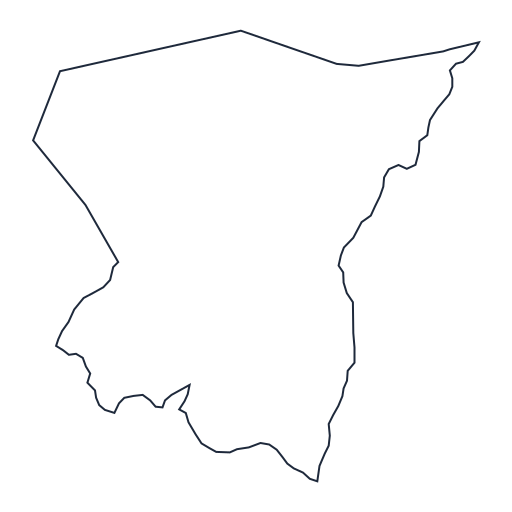 Gandu, Bahia, Brazil (Albers equal-area conic projection)
{"feature_id": "56859067B69626840226512", "entity_name": "Gandu", "entity_type": "district", "adm_level": 2, "iso_a3": "BRA", "parent_name": "Brazil", "parent_adm1": "Bahia", "projection": "albers", "projection_center": [-39.469, -13.802], "detail": "fine", "context": "isolated", "style": "outline", "palette": "slate", "viewbox_px": 512, "rotation_deg": 0, "n_neighbors": 0, "source": "geoboundaries", "source_scale": "gbopen_adm2", "svg_char_len": 1444}
<svg xmlns="http://www.w3.org/2000/svg" viewBox="0 0 512 512"><path d="M336.7,63.9L289.0,47.4L240.8,30.7L60.0,71.2L33.1,140.4L85.5,205.0L118.2,262.1L113.2,267.1L110.1,280.0L103.3,287.3L93.4,292.8L83.6,298.0L74.2,309.5L68.5,322.0L62.1,331.0L58.3,339.2L56.1,345.9L63.2,350.3L68.9,354.8L76.0,353.8L82.8,357.9L85.9,366.5L90.2,373.5L87.4,382.7L95.0,390.4L96.1,397.7L99.2,405.1L104.9,409.9L114.4,412.9L119.0,403.3L124.3,397.8L133.7,395.9L142.7,394.9L150.2,400.4L155.6,406.7L162.5,407.4L165.0,400.4L171.5,394.9L189.6,384.9L187.7,394.3L184.5,401.3L179.2,409.4L185.8,413.0L188.5,422.3L195.7,434.5L201.5,443.4L209.4,448.1L216.2,451.9L229.8,452.4L237.0,449.2L248.8,447.4L260.5,443.0L269.2,444.5L276.7,449.7L282.5,457.1L287.3,463.6L293.8,468.4L303.0,472.6L309.8,478.8L317.3,481.3L319.5,465.9L324.8,453.5L328.7,445.7L329.8,435.7L328.7,424.0L333.2,415.0L338.3,406.0L342.4,396.2L343.6,388.4L347.0,380.7L347.7,370.8L354.5,362.7L354.5,347.5L353.3,333.1L352.9,302.2L346.8,293.1L343.6,282.6L343.2,272.4L338.6,265.6L340.9,255.4L343.9,247.5L353.3,237.8L361.6,222.1L370.8,215.6L374.9,206.6L379.9,196.4L383.3,186.7L384.1,177.4L388.9,169.2L398.5,165.0L406.8,168.8L415.5,164.8L418.9,151.9L419.4,141.1L427.3,135.2L428.4,127.4L430.0,120.0L437.5,108.3L444.6,99.8L449.3,94.3L452.3,86.8L452.3,78.3L449.9,70.4L456.0,63.7L462.9,61.9L469.0,56.1L474.3,50.7L478.9,42.3L449.7,49.3L443.2,51.4L391.2,60.2L358.7,65.8L336.7,63.9Z" fill="none" stroke="#1e293b" stroke-width="2"/></svg>